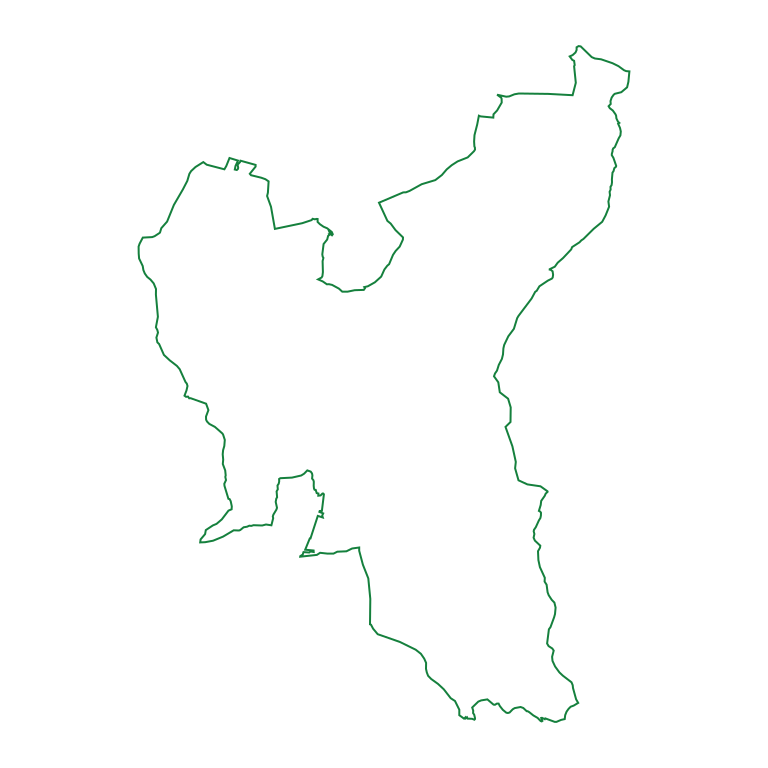 outline of Zagar, Mures, Romania
{"feature_id": "2599482B67962104001540", "entity_name": "Zagar", "entity_type": "district", "adm_level": 2, "iso_a3": "ROU", "parent_name": "Romania", "parent_adm1": "Mures", "projection": "robinson", "projection_center": [24.611, 46.351], "detail": "fine", "context": "isolated", "style": "outline", "palette": "green", "viewbox_px": 768, "rotation_deg": 0, "n_neighbors": 0, "source": "geoboundaries", "source_scale": "gbopen_adm2", "svg_char_len": 6092}
<svg xmlns="http://www.w3.org/2000/svg" viewBox="0 0 768 768"><path d="M578.2,702.9L576.1,699.3L573.0,688.0L572.7,685.2L571.5,682.3L562.9,675.7L559.4,672.4L555.1,666.5L552.5,660.9L552.1,656.8L553.7,650.6L552.3,648.5L548.6,646.1L547.1,643.5L548.9,629.3L550.5,627.1L554.1,617.3L555.0,614.1L555.6,607.6L554.4,602.6L551.7,599.8L548.7,595.2L547.6,592.3L546.6,584.7L544.6,581.6L544.8,577.8L539.9,567.1L538.4,560.1L538.0,551.2L540.0,547.7L540.3,545.7L534.9,540.6L533.6,537.7L534.4,534.0L533.7,531.4L534.0,529.8L535.8,527.2L538.9,520.4L540.4,518.0L540.9,515.6L541.0,512.8L540.3,511.7L538.9,510.9L540.7,505.0L541.2,500.9L544.7,495.9L545.7,493.6L547.6,491.8L547.5,491.3L540.5,486.3L527.4,484.4L518.5,480.3L515.1,468.3L515.8,461.9L512.4,446.3L505.5,426.9L510.5,422.0L510.7,407.4L508.1,398.7L499.8,392.3L498.3,382.3L494.0,376.3L495.0,373.5L497.0,370.6L498.8,364.9L501.9,358.9L503.0,354.4L503.4,348.4L504.2,344.9L508.3,336.3L513.9,328.8L517.2,318.1L518.5,315.9L531.6,298.5L535.2,291.8L536.7,290.8L539.4,286.3L547.9,280.6L551.9,278.6L552.7,277.5L553.1,274.8L552.6,271.3L550.6,269.7L549.7,269.6L549.7,269.2L554.8,266.7L557.7,262.7L563.1,258.0L571.2,249.4L572.1,247.1L579.5,242.3L581.4,240.3L583.4,239.0L593.7,228.8L602.2,221.8L605.6,215.4L609.1,206.7L608.4,201.5L610.0,195.2L609.6,191.8L610.6,189.6L610.5,186.8L611.6,185.1L612.0,182.2L611.9,179.3L612.5,172.6L613.5,171.2L614.3,168.2L616.0,166.7L616.2,165.9L613.4,157.8L611.8,155.2L611.8,154.0L612.6,151.1L612.6,149.9L613.2,148.4L614.8,147.2L618.7,138.3L620.4,135.4L620.8,131.5L620.0,127.9L618.1,123.7L619.3,122.9L618.0,121.7L616.4,118.4L616.1,115.6L615.5,114.3L612.8,110.5L609.8,108.2L608.6,106.2L610.7,104.0L610.5,101.1L611.7,97.5L613.7,94.7L614.8,93.8L621.3,92.2L627.1,87.3L628.4,81.8L629.4,71.4L626.1,71.1L624.0,70.2L618.4,66.1L612.5,63.2L601.1,59.3L594.9,58.5L591.7,57.1L580.7,46.4L578.6,46.1L576.6,47.3L576.6,50.0L575.5,52.5L572.6,55.1L569.7,56.4L572.3,59.9L574.1,60.8L574.7,65.1L574.1,66.2L575.8,82.8L572.6,95.2L548.4,93.9L518.9,93.5L514.4,94.3L509.2,96.4L506.2,96.7L497.1,94.7L501.2,97.7L501.6,98.7L501.7,102.6L497.1,110.5L493.5,114.3L493.3,117.6L480.6,116.4L478.9,115.7L477.2,124.5L474.5,135.1L474.1,141.6L474.4,146.5L474.9,147.5L475.0,149.6L474.0,151.2L467.7,157.4L457.6,161.4L451.7,165.2L446.7,169.4L441.9,175.0L435.3,180.1L421.7,184.2L409.6,190.9L406.0,192.3L403.2,192.4L379.0,202.7L387.4,220.9L390.7,223.6L395.5,230.1L403.0,237.4L402.9,239.6L399.7,246.6L395.6,251.0L393.0,254.9L389.1,264.2L387.3,265.7L384.4,269.5L381.2,276.6L374.9,282.3L367.8,286.3L364.3,287.1L365.0,288.2L363.8,289.9L354.7,290.2L347.4,291.7L342.3,291.7L338.9,288.6L332.1,284.9L329.0,284.2L326.9,284.3L322.7,281.4L318.1,279.4L321.6,277.5L322.4,276.1L322.9,272.1L322.6,261.1L323.4,257.9L322.7,256.7L322.3,254.4L323.6,244.0L327.2,239.5L328.1,235.9L329.7,234.6L329.1,234.0L329.7,233.6L332.0,235.3L332.3,234.9L329.6,232.4L329.1,231.2L332.1,232.7L331.8,232.0L327.2,228.3L323.5,226.7L319.9,224.2L317.6,221.9L317.6,219.0L316.7,218.9L314.8,219.3L312.6,218.8L311.6,220.1L302.2,223.2L274.9,228.9L271.0,206.8L267.1,196.0L267.9,192.7L268.6,181.4L265.4,179.2L261.2,177.7L251.0,175.2L249.8,173.8L255.6,166.6L255.6,164.9L240.5,160.7L240.0,162.1L237.6,164.7L238.2,167.8L237.9,169.0L236.8,170.0L234.8,169.5L235.5,166.0L238.0,160.6L229.5,158.0L226.3,166.0L224.4,169.3L206.7,164.7L203.3,162.1L195.5,167.0L191.1,171.1L189.4,173.8L187.3,180.9L182.9,189.4L173.9,204.9L167.1,221.6L161.3,228.2L160.0,232.5L159.5,233.0L154.6,236.2L152.2,237.1L142.8,237.6L139.6,243.7L138.6,246.6L138.7,253.6L139.1,258.5L142.7,266.0L143.4,270.1L144.8,273.5L147.2,276.9L150.5,279.6L153.7,283.4L156.0,289.0L155.9,294.6L157.9,316.8L155.9,327.3L157.3,329.9L158.0,332.6L156.4,337.6L157.4,342.4L159.1,344.0L163.9,354.9L169.8,360.4L176.9,365.9L179.7,369.2L185.5,382.0L186.8,383.6L187.5,386.0L186.5,390.4L184.5,395.7L186.0,396.8L188.0,396.6L189.2,398.3L190.6,398.2L206.1,403.7L208.4,410.1L206.0,416.6L206.1,419.7L207.0,421.5L209.3,423.9L214.9,426.9L222.4,433.5L223.1,434.6L224.8,439.9L224.3,446.0L223.1,450.2L222.7,454.3L223.2,459.6L222.8,464.0L225.2,470.4L225.7,475.4L225.3,476.9L226.0,480.1L224.3,483.8L224.5,485.9L228.4,498.8L229.6,499.1L230.7,501.2L231.8,506.4L231.6,509.3L228.5,510.6L221.8,519.4L216.5,523.9L212.9,525.4L205.8,530.1L205.1,534.1L200.6,539.4L200.2,542.4L205.1,542.2L213.1,540.7L223.1,536.6L233.7,530.3L239.0,530.5L240.3,530.0L243.6,527.3L247.1,526.7L249.3,525.7L251.3,525.9L253.5,525.2L262.2,525.5L266.0,524.5L271.4,525.3L273.2,518.1L272.8,516.5L273.4,514.6L276.4,509.6L277.0,507.8L275.7,501.9L276.3,498.6L277.1,497.3L276.6,491.4L277.8,489.3L277.5,485.5L278.7,483.7L279.2,481.4L279.1,479.0L280.3,478.2L292.0,477.6L301.2,475.5L304.1,473.7L307.3,470.4L310.7,471.6L312.0,473.4L312.4,475.3L312.1,478.6L313.4,480.2L313.8,481.7L313.7,485.8L314.0,488.6L314.6,489.8L315.7,489.9L316.7,493.1L318.4,493.5L318.3,495.7L320.6,495.4L322.5,493.5L323.2,493.5L323.9,494.3L321.9,510.8L319.7,511.0L319.4,511.9L323.2,513.4L322.2,515.6L322.8,517.5L317.8,515.9L310.5,538.4L309.8,538.4L305.2,549.7L313.6,550.5L313.7,552.0L310.5,551.5L309.2,552.5L303.5,552.1L302.7,554.6L300.3,556.1L300.2,556.7L316.9,554.9L320.1,552.8L327.4,553.6L333.5,553.6L337.3,551.7L346.4,551.3L352.1,548.5L359.2,547.5L359.2,550.8L362.9,564.7L368.3,578.4L370.3,598.9L370.0,624.3L371.0,624.7L373.1,628.7L377.7,634.2L400.0,642.0L415.7,649.7L420.9,653.8L424.2,658.6L426.1,662.9L426.0,668.8L426.8,672.4L428.1,675.8L431.2,679.0L438.0,683.9L443.8,689.3L450.7,698.2L455.0,701.0L459.3,709.7L459.3,715.2L464.0,718.6L465.4,717.4L465.6,718.3L467.0,717.3L467.5,718.6L472.1,718.8L474.4,719.7L475.0,719.0L475.0,718.1L474.2,714.7L473.1,713.1L473.2,710.6L472.2,707.5L478.3,701.6L481.2,700.4L487.4,699.4L493.5,704.6L494.9,704.8L496.9,703.6L498.6,703.6L499.8,706.0L502.8,709.8L506.3,712.7L507.9,713.0L509.6,712.5L512.7,709.3L514.7,708.1L520.6,707.0L523.3,708.0L526.7,711.2L527.6,711.2L529.3,712.2L533.3,715.4L537.6,717.9L540.6,721.0L541.7,721.4L542.4,720.9L541.2,718.0L541.9,717.8L544.8,719.2L545.3,718.4L554.8,721.9L556.4,721.9L561.1,719.9L564.7,719.1L565.2,715.1L566.6,711.6L568.6,708.8L570.7,706.7L573.7,705.6L578.2,702.9Z" fill="none" stroke="#15803d" stroke-width="2"/></svg>